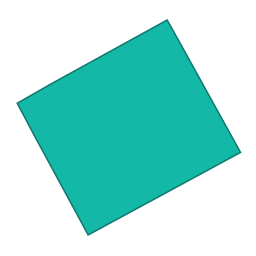 the district of Runnels, Texas, United States of America, rotated 61°
{"feature_id": "52423323B92139575394667", "entity_name": "Runnels", "entity_type": "district", "adm_level": 2, "iso_a3": "USA", "parent_name": "United States of America", "parent_adm1": "Texas", "projection": "albers", "projection_center": [-100.016, 31.83], "detail": "fine", "context": "isolated", "style": "filled", "palette": "teal", "viewbox_px": 256, "rotation_deg": 61, "n_neighbors": 0, "source": "geoboundaries", "source_scale": "gbopen_adm2", "svg_char_len": 258}
<svg xmlns="http://www.w3.org/2000/svg" viewBox="0 0 256 256"><g transform="rotate(61 128 128)"><path d="M202.2,214.7L203.9,41.4L76.7,41.3L52.5,41.4L52.1,174.9L52.6,212.9L88.4,213.6L202.2,214.7Z" fill="#14b8a6" stroke="#0f766e" stroke-width="1.5"/></g></svg>